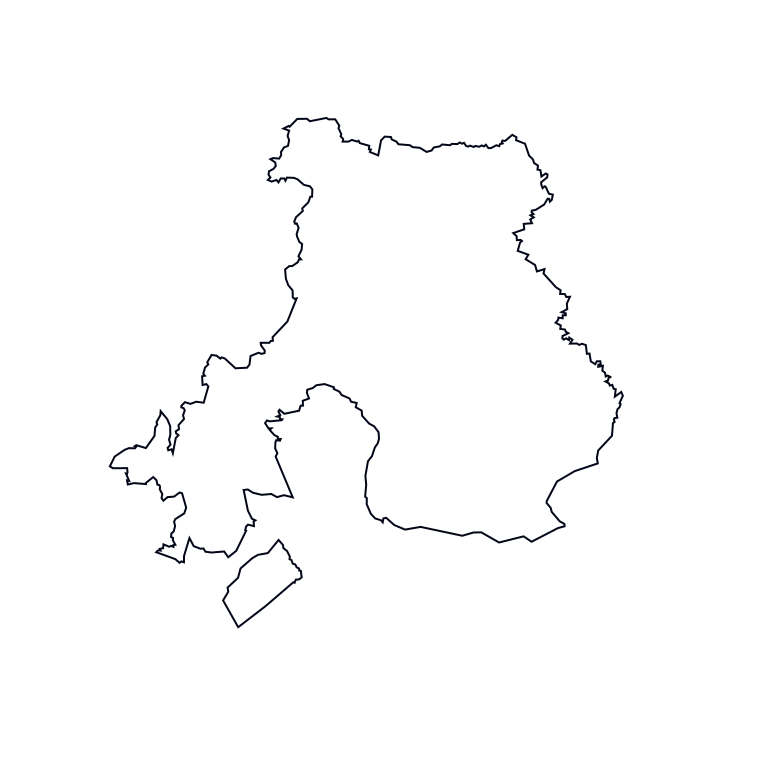 the district of Caltepec, Puebla, Mexico, rotated 289°
{"feature_id": "50627088B1371520644143", "entity_name": "Caltepec", "entity_type": "district", "adm_level": 2, "iso_a3": "MEX", "parent_name": "Mexico", "parent_adm1": "Puebla", "projection": "orthographic", "projection_center": [-97.485, 18.145], "detail": "fine", "context": "isolated", "style": "outline", "palette": "ink", "viewbox_px": 768, "rotation_deg": 289, "n_neighbors": 0, "source": "geoboundaries", "source_scale": "gbopen_adm2", "svg_char_len": 6167}
<svg xmlns="http://www.w3.org/2000/svg" viewBox="0 0 768 768"><g transform="rotate(289 384 384)"><path d="M260.8,465.1L266.0,507.4L272.8,517.1L275.4,524.3L271.6,544.4L285.4,565.6L282.9,574.9L304.3,595.3L308.3,601.1L310.4,600.1L311.4,594.8L317.7,584.2L321.2,581.9L324.5,576.4L326.5,576.0L348.1,579.3L363.8,592.8L378.5,612.0L383.4,609.3L390.9,608.2L409.3,616.4L421.7,613.2L423.2,614.4L425.2,612.9L426.9,613.2L428.1,615.6L432.1,613.3L436.2,613.0L438.7,614.3L442.0,614.3L442.6,612.9L450.6,613.7L453.7,610.9L447.2,606.4L454.5,604.8L454.3,602.7L457.5,600.1L456.0,598.0L457.8,596.6L458.5,592.6L460.2,594.7L463.5,594.3L464.3,596.6L464.8,592.7L463.3,591.2L466.6,589.3L467.7,586.1L472.5,585.0L470.0,581.0L472.1,580.4L473.0,582.7L475.9,581.1L474.8,577.8L471.5,577.3L472.7,572.2L479.7,568.4L478.6,566.0L486.5,562.2L486.5,558.2L484.5,555.8L485.1,553.2L482.7,546.7L487.2,547.8L488.2,544.1L485.7,544.6L486.5,541.4L484.5,539.6L485.2,537.8L487.5,537.2L492.1,541.8L492.6,538.8L494.4,537.4L493.5,532.7L496.9,532.1L497.8,526.3L501.3,527.8L503.6,527.3L504.3,531.5L507.2,530.6L508.2,533.5L510.0,532.8L509.8,528.6L514.4,532.9L519.6,530.7L527.0,531.4L525.6,528.0L527.9,525.8L526.5,521.2L530.1,520.5L531.5,515.0L540.4,498.9L544.9,498.3L540.2,492.0L545.7,488.1L548.1,477.3L553.2,478.4L553.4,467.1L562.0,466.6L564.1,467.9L564.7,466.3L563.3,462.8L566.9,461.3L568.8,457.1L575.9,466.2L580.9,464.0L584.2,471.6L587.1,468.7L590.3,471.3L591.2,467.6L593.3,470.0L594.3,467.7L596.0,467.3L598.1,470.8L605.8,477.0L612.5,478.4L612.8,479.9L610.4,481.5L612.8,482.7L618.0,482.0L617.6,478.0L622.9,472.9L623.3,471.6L620.8,470.2L623.7,467.8L625.9,466.9L632.4,471.0L635.4,470.4L635.7,468.4L631.4,465.3L637.1,462.3L636.7,459.3L640.6,458.5L641.8,454.0L644.9,451.6L647.2,446.8L657.1,439.1L657.5,429.5L660.4,428.9L661.4,424.2L653.3,419.4L652.7,416.8L651.0,416.6L650.1,417.9L648.6,415.6L646.4,415.5L646.3,412.5L642.0,408.5L641.0,406.0L643.4,402.4L641.2,401.2L641.4,398.8L639.3,396.7L638.8,392.8L637.3,391.7L637.4,387.8L635.9,386.3L635.8,384.1L638.1,381.2L636.6,379.5L637.0,376.9L634.8,375.4L633.1,369.9L631.3,368.8L629.4,361.0L626.9,359.4L623.9,354.1L620.2,352.9L617.3,348.7L619.0,341.0L617.3,334.0L618.2,330.7L615.4,319.6L617.2,316.9L617.8,311.7L619.8,310.1L618.1,304.1L613.4,301.9L598.3,304.1L598.8,295.1L601.4,295.2L601.0,293.3L604.4,292.5L603.9,282.7L605.7,280.8L604.5,279.7L604.3,274.1L601.7,271.6L599.7,266.0L602.4,265.6L604.1,262.3L606.3,262.3L611.1,257.7L613.7,257.6L618.4,251.7L616.2,245.5L616.8,242.9L608.3,228.3L609.7,224.9L606.4,215.7L596.5,211.0L597.0,209.9L592.8,205.8L592.7,211.8L587.1,212.1L583.7,214.9L577.9,215.7L575.1,212.4L569.9,211.1L566.8,212.3L563.0,211.5L561.5,205.6L559.6,203.4L558.1,209.0L554.9,210.7L551.5,209.5L547.7,206.0L544.3,206.7L542.3,209.4L539.1,207.8L538.8,211.8L541.9,215.9L540.3,218.6L544.7,219.4L545.9,222.8L544.1,224.6L547.6,225.1L549.6,231.8L549.4,235.6L546.2,243.4L546.8,249.6L544.7,252.9L537.7,255.0L537.1,253.4L531.1,253.3L523.4,249.5L521.1,250.9L513.0,246.5L508.2,246.3L506.6,247.8L507.4,249.2L503.9,252.4L497.3,252.6L495.0,253.9L490.7,257.8L489.7,261.0L484.0,262.4L476.9,261.5L474.8,264.9L474.1,263.1L471.0,262.8L465.5,258.7L464.7,256.1L460.1,253.2L451.5,257.0L446.2,261.4L442.7,267.1L436.1,269.6L435.4,271.8L436.5,273.5L411.6,272.3L391.9,263.4L388.7,264.9L387.8,262.9L385.6,262.2L382.8,254.0L380.3,255.3L376.9,260.3L374.4,261.0L372.7,258.6L372.7,255.2L367.0,248.7L358.5,250.5L354.8,249.2L350.5,238.4L356.3,225.2L356.3,221.8L354.7,221.0L356.3,216.5L355.3,211.5L347.0,209.8L345.3,211.5L341.3,209.4L334.9,209.8L333.5,211.9L332.1,209.5L324.0,212.8L326.1,216.1L324.5,218.7L307.6,219.6L306.1,212.2L302.2,207.5L302.0,201.7L297.4,199.5L295.9,200.0L295.9,202.4L294.3,204.2L289.0,204.2L285.8,206.3L278.2,203.1L274.5,204.9L271.5,202.5L269.7,203.4L268.7,206.3L265.1,204.7L249.8,206.9L253.1,204.4L251.1,201.6L253.1,200.2L257.2,201.9L261.3,198.9L266.4,198.5L274.6,195.5L280.2,190.5L285.6,181.7L281.7,182.7L273.9,181.3L271.8,182.8L268.5,181.8L260.2,183.9L245.9,179.7L245.5,169.7L244.2,168.7L244.2,170.2L242.1,169.4L240.3,163.7L237.3,160.2L227.7,153.0L216.9,151.6L216.1,155.0L220.8,168.5L217.1,170.2L215.6,170.3L215.4,169.1L209.4,174.6L209.2,172.4L205.6,174.5L208.9,179.9L211.9,191.6L213.0,191.1L220.9,196.1L218.9,200.2L215.0,202.6L215.3,204.5L214.0,205.7L211.4,206.3L207.8,210.2L203.8,210.8L201.8,213.4L206.6,216.2L209.2,222.2L214.8,226.0L215.0,228.6L202.7,237.2L196.7,237.3L188.2,230.6L185.3,230.4L181.8,232.7L176.2,233.2L173.3,231.6L169.9,232.6L169.8,234.6L167.4,235.3L164.0,239.1L163.0,237.2L161.5,237.9L161.6,235.3L160.2,233.9L160.6,227.7L156.8,228.6L155.2,225.7L153.8,227.0L153.3,224.7L150.8,223.4L150.5,243.6L148.4,248.9L150.3,250.2L150.3,252.9L156.3,250.9L175.0,250.2L168.7,256.9L168.5,264.0L169.7,266.9L167.3,269.7L168.5,275.8L173.6,287.4L169.5,293.1L178.1,298.6L200.5,301.4L200.6,300.4L204.2,300.0L206.7,301.1L207.3,307.3L211.5,305.5L213.2,306.8L213.6,303.0L219.9,296.6L238.1,285.8L239.9,289.6L238.5,295.5L239.4,304.4L243.3,313.3L242.2,319.6L246.3,325.6L247.1,334.6L280.1,305.2L283.9,305.7L287.6,302.1L293.1,300.4L295.6,300.3L296.6,304.1L298.4,304.2L297.5,301.4L299.5,300.8L300.0,297.0L303.4,290.8L305.4,292.0L304.5,289.1L308.3,284.3L311.4,285.2L311.5,288.1L316.4,299.0L317.5,299.3L316.9,297.2L318.8,296.3L318.5,293.6L320.8,296.0L323.7,293.1L325.6,293.6L323.4,299.5L331.1,312.4L336.3,312.2L337.1,314.4L341.7,312.7L345.9,317.8L350.5,314.0L353.6,313.3L357.0,318.0L360.8,320.4L364.6,327.9L364.6,337.7L363.0,338.1L362.2,344.4L359.8,347.5L359.1,356.1L356.5,358.7L357.2,364.3L352.8,364.9L351.6,371.5L346.8,373.7L341.7,382.9L340.8,388.4L336.7,394.5L330.7,397.1L326.1,397.4L321.0,396.0L311.9,396.1L305.7,394.0L291.1,396.3L282.9,400.0L271.4,402.8L270.5,404.9L264.7,406.8L257.0,413.8L254.0,419.5L254.2,425.4L252.8,427.8L256.7,427.2L258.2,429.6L254.0,439.6L253.2,451.3L260.8,465.1ZM174.4,369.1L180.2,366.2L180.0,364.6L181.9,363.8L182.2,361.1L184.5,358.9L184.4,356.2L187.4,353.8L187.6,351.7L190.1,351.2L194.5,346.7L196.1,342.3L198.9,340.9L202.2,335.1L186.3,329.2L181.4,320.4L176.3,316.1L162.9,308.4L153.2,309.1L140.6,302.4L136.9,304.4L127.0,302.3L106.6,325.3L135.2,344.2L167.0,362.8L167.0,364.2L170.3,364.3L171.6,367.3L174.4,369.1Z" fill="none" stroke="#020617" stroke-width="2"/></g></svg>